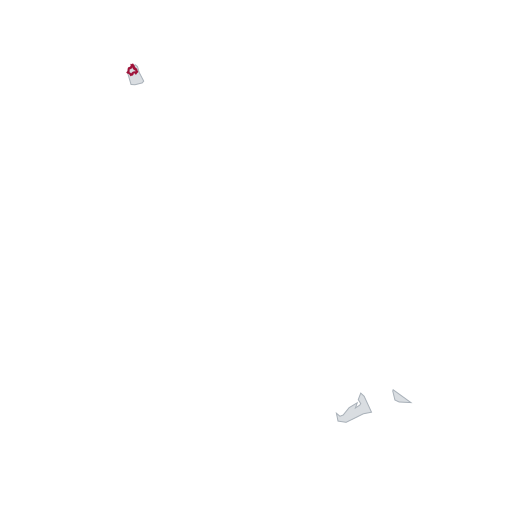 Leimatu'a, Vava'u, Tonga (highlighted), rotated 304°
{"feature_id": "48082658B84329148637899", "entity_name": "Leimatu'a", "entity_type": "district", "adm_level": 2, "iso_a3": "TON", "parent_name": "Tonga", "parent_adm1": "Vava'u", "projection": "robinson", "projection_center": [-173.972, -18.596], "detail": "fine", "context": "in_parent", "style": "outline", "palette": "rose", "viewbox_px": 512, "rotation_deg": 304, "n_neighbors": 0, "source": "geoboundaries", "source_scale": "gbopen_adm2", "svg_char_len": 2133}
<svg xmlns="http://www.w3.org/2000/svg" viewBox="0 0 512 512"><g transform="rotate(304 256 256)"><path d="M190.4,425.4L192.2,425.4L194.1,421.1L200.9,419.5L200.2,424.1L191.1,439.1L185.3,433.3L168.5,423.7L165.0,416.3L170.6,410.6L170.1,415.2L172.9,417.2L182.3,418.0L190.9,422.0L185.6,423.4L190.4,425.4ZM342.9,56.4L338.2,65.1L335.9,64.9L330.3,59.9L328.3,56.5L336.7,46.4L341.1,45.6L347.0,49.0L346.7,51.9L342.9,56.4ZM221.8,444.5L221.1,466.4L215.0,456.3L214.3,451.7L220.5,444.9L221.8,444.5Z" fill="#d9dde1" stroke="#a8b0b8" stroke-width="1"/><path d="M342.2,54.5L342.3,54.5L342.4,54.3L342.5,54.2L342.6,53.9L342.6,53.7L342.7,53.2L342.8,53.1L343.2,52.9L343.3,52.8L343.5,52.7L343.7,52.2L343.8,51.8L343.6,51.7L343.3,51.5L343.1,51.4L343.1,51.2L343.3,50.9L343.2,50.7L343.1,50.1L343.2,49.8L343.3,49.8L343.6,49.9L343.8,49.8L343.9,49.7L344.0,49.3L344.3,49.6L344.7,48.7L345.2,48.0L345.4,47.3L345.7,46.8L345.6,46.6L345.2,46.4L345.0,46.5L344.9,46.6L344.9,47.0L344.7,47.0L344.5,46.9L344.4,46.8L344.2,46.8L344.2,46.6L344.0,46.8L343.9,47.0L343.7,47.1L343.6,46.9L343.4,46.9L343.3,46.7L343.3,46.8L343.2,46.8L343.1,46.7L342.9,46.7L342.8,46.8L342.8,47.0L342.7,47.2L342.1,47.1L341.9,47.0L341.7,46.8L341.6,46.7L341.3,46.6L341.3,46.4L341.2,46.3L341.2,46.2L340.9,46.2L340.6,45.9L340.5,45.6L340.4,45.6L340.2,45.7L340.1,45.8L339.9,45.8L339.7,45.9L339.6,46.0L339.4,46.2L339.2,46.2L339.1,46.3L338.9,46.5L338.7,46.6L338.3,46.8L338.2,46.9L338.0,47.0L337.9,47.1L337.7,47.2L337.3,47.3L337.2,47.3L336.8,47.3L336.7,47.2L336.5,46.9L336.4,46.9L336.4,47.1L336.5,47.1L336.6,47.4L336.6,47.5L336.7,47.8L336.7,48.4L336.7,48.7L336.7,48.9L336.7,49.1L336.7,49.3L336.7,49.5L336.6,49.9L336.6,50.0L336.4,50.2L336.4,50.3L336.4,50.5L336.2,50.8L336.1,51.0L336.3,51.1L337.0,51.4L337.0,51.7L337.0,51.8L337.5,52.0L337.7,51.8L337.8,51.7L338.0,51.5L338.1,51.4L338.3,51.4L338.4,51.5L338.5,51.6L338.9,51.6L339.0,51.6L339.4,51.7L339.5,51.8L339.7,52.0L339.8,52.0L340.0,52.2L340.0,52.3L340.4,52.6L340.5,52.8L340.6,53.0L340.7,53.3L340.7,53.6L340.5,53.8L340.4,53.9L340.3,54.2L340.5,54.2L341.2,54.2L341.7,54.2L341.8,54.3L342.0,54.4L342.2,54.5Z" fill="none" stroke="#9f1239" stroke-width="2"/></g></svg>